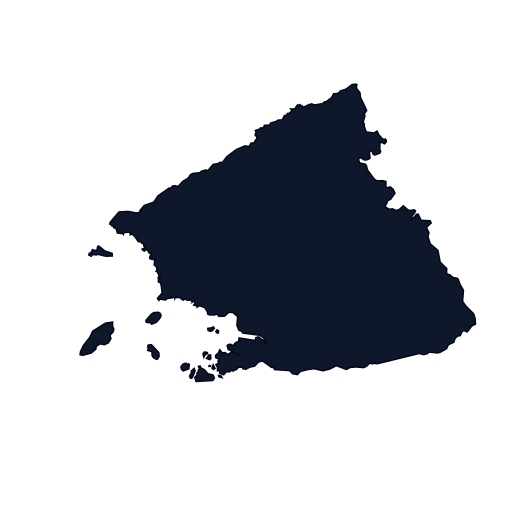 outline of Kota Sorong, Papua Barat, Indonesia, rotated 345°
{"feature_id": "22746128B11366688050704", "entity_name": "Kota Sorong", "entity_type": "district", "adm_level": 2, "iso_a3": "IDN", "parent_name": "Indonesia", "parent_adm1": "Papua Barat", "projection": "mercator", "projection_center": [131.281, -0.866], "detail": "fine", "context": "isolated", "style": "filled", "palette": "ink", "viewbox_px": 512, "rotation_deg": 345, "n_neighbors": 0, "source": "geoboundaries", "source_scale": "gbopen_adm2", "svg_char_len": 6159}
<svg xmlns="http://www.w3.org/2000/svg" viewBox="0 0 512 512"><g transform="rotate(345 256 256)"><path d="M398.7,125.2L396.4,119.8L397.8,116.5L396.4,115.6L393.1,115.3L385.7,118.2L379.9,118.4L379.2,119.6L375.9,120.0L373.1,119.3L369.9,122.6L363.4,125.2L362.2,124.7L360.1,126.1L351.5,125.2L349.0,123.3L347.6,124.5L346.9,123.3L339.9,124.7L339.9,123.6L337.3,121.0L335.7,121.7L335.2,120.8L331.3,124.0L327.6,122.9L328.5,125.0L324.5,126.9L323.2,126.4L322.9,127.6L319.7,127.8L316.6,131.3L312.5,130.4L310.1,131.3L304.6,131.3L302.9,133.0L298.0,132.0L296.0,134.1L293.4,133.4L292.2,134.4L287.8,134.6L288.3,136.0L286.4,139.0L287.6,141.2L287.1,143.5L285.7,143.7L283.4,146.3L280.6,145.6L277.6,148.4L273.9,146.8L264.8,148.0L253.7,152.4L247.8,156.9L245.5,156.2L243.0,156.9L238.3,156.4L231.8,161.0L229.7,159.9L225.8,159.9L223.2,160.9L215.7,159.9L213.7,160.5L210.8,163.1L204.2,165.1L199.7,168.2L197.8,168.4L196.4,167.2L193.2,166.8L192.2,168.0L189.7,168.5L189.6,167.9L176.9,172.5L171.3,177.5L161.2,178.2L155.8,181.9L155.3,183.0L156.7,182.7L155.7,183.7L151.6,183.5L144.0,179.8L135.0,178.0L123.7,185.8L123.0,187.3L124.1,187.5L124.4,189.5L125.7,190.1L125.9,191.7L128.0,193.5L128.1,198.0L133.3,200.0L133.5,200.8L134.4,199.4L136.5,199.5L139.9,200.2L140.2,201.8L141.3,201.4L140.2,202.9L141.6,202.7L143.4,204.6L146.0,211.6L149.2,212.9L148.8,213.9L150.6,215.2L150.2,217.0L150.9,219.4L147.7,219.9L148.5,221.6L149.5,222.4L151.3,221.1L153.1,223.1L153.3,224.8L154.3,224.3L155.2,225.2L154.2,226.2L155.5,227.8L153.5,228.8L152.6,230.9L154.9,232.6L158.7,232.8L157.1,233.4L155.3,238.4L156.7,240.0L157.1,243.7L155.5,244.9L156.6,245.9L157.3,250.0L156.5,250.9L157.5,250.7L157.0,251.3L157.7,251.5L157.3,253.2L155.9,252.6L155.0,256.0L156.4,256.3L156.9,259.3L155.8,267.4L149.8,271.4L150.7,273.8L152.0,272.7L157.1,275.1L159.1,274.1L164.3,274.7L164.6,273.9L164.9,274.6L166.5,274.2L166.5,276.1L167.1,275.2L172.3,276.6L172.7,278.4L174.6,279.9L176.0,278.7L178.1,280.9L181.8,281.7L182.2,283.0L183.8,283.2L182.7,284.1L184.7,283.8L185.3,285.6L183.1,287.2L185.2,288.5L186.3,287.9L185.6,288.8L185.8,288.9L186.3,288.5L186.6,288.6L186.0,290.2L188.6,289.4L193.1,292.5L194.6,297.3L194.3,299.6L195.7,300.8L200.5,302.2L203.5,302.1L204.5,304.7L210.1,306.0L214.9,303.4L218.9,304.4L222.6,309.8L219.6,317.9L220.3,323.4L222.2,324.5L223.5,327.1L238.7,333.4L242.2,336.9L242.7,343.6L242.0,340.4L237.3,334.7L234.8,334.8L233.3,337.4L218.5,330.8L216.9,334.1L213.9,334.3L210.8,336.7L208.7,334.7L206.6,334.3L204.9,335.1L205.0,339.1L214.9,347.8L208.1,342.5L204.4,343.4L203.6,344.5L201.4,341.4L198.3,340.7L196.7,337.2L194.5,340.0L191.2,341.5L190.7,343.7L193.8,346.4L193.4,347.4L191.9,347.7L192.4,349.9L189.2,350.5L190.0,353.7L189.0,356.8L191.1,357.4L190.5,359.7L194.0,362.4L197.6,360.1L200.5,361.1L202.4,360.1L204.3,361.3L205.9,360.3L207.0,360.9L210.3,359.0L214.3,359.9L214.1,361.5L217.0,362.8L221.0,361.8L226.3,362.0L231.1,359.0L235.2,359.1L242.1,367.6L244.0,368.2L244.6,370.5L258.8,375.4L260.9,379.2L265.4,381.3L268.9,379.0L276.9,379.1L282.8,379.9L291.0,384.2L298.2,384.3L305.2,382.7L313.9,389.0L318.1,388.0L324.4,389.2L331.1,391.7L334.2,391.1L338.0,389.0L340.7,390.3L344.9,390.0L342.4,390.3L345.4,391.5L388.5,392.4L392.6,394.7L396.6,394.6L398.3,393.6L406.1,396.6L409.0,396.7L416.0,394.9L418.9,391.5L424.8,390.5L426.8,387.3L429.9,385.5L432.6,385.8L435.9,382.0L437.7,382.0L440.4,384.0L446.3,379.5L450.4,378.6L451.5,372.8L451.2,368.0L445.7,358.5L443.8,353.3L447.5,342.9L445.8,336.4L445.3,330.8L444.8,329.7L440.8,327.8L438.6,324.6L435.5,322.4L437.0,317.5L432.3,309.6L433.2,297.7L427.5,289.3L427.1,281.8L429.1,278.2L428.0,272.5L433.7,269.5L433.4,267.0L424.7,264.3L423.5,257.6L422.0,257.3L416.0,261.0L417.0,257.7L420.4,255.5L421.8,253.5L420.3,252.1L417.4,252.2L414.7,250.8L411.3,245.6L406.1,248.3L403.1,248.3L400.1,245.8L396.8,245.3L394.3,242.8L393.2,240.6L395.1,240.1L397.4,236.8L400.8,236.0L406.5,231.3L405.8,227.1L403.6,224.0L400.2,223.9L399.3,223.1L400.8,217.7L397.9,216.0L392.6,214.8L390.1,212.3L385.9,201.5L386.1,197.5L385.3,195.6L380.2,192.9L380.0,189.6L380.9,188.1L383.1,188.5L385.2,191.1L386.8,191.7L389.8,191.7L391.6,190.7L392.2,185.9L393.6,183.9L395.2,185.0L395.5,187.9L396.7,189.2L402.3,188.7L403.5,187.2L403.2,184.9L404.7,179.8L406.3,178.2L409.1,180.9L411.1,179.8L411.8,178.1L411.2,176.4L409.9,176.7L408.3,175.3L406.0,170.6L405.2,166.6L401.8,167.7L394.6,164.7L394.1,158.6L394.8,156.5L394.1,154.4L397.3,149.3L397.6,146.5L400.6,144.1L398.0,129.6L398.7,125.2ZM93.1,281.9L78.9,286.3L74.2,291.7L66.3,297.6L61.8,302.8L60.5,305.8L62.8,307.1L71.7,307.1L77.3,304.4L78.2,302.0L79.2,301.6L82.9,300.6L86.6,302.5L90.9,301.7L94.5,298.2L94.4,294.8L98.4,292.3L99.8,289.6L99.3,286.6L100.4,282.7L93.1,281.9ZM173.5,347.7L171.8,347.7L172.2,350.4L170.4,351.8L170.3,353.2L168.5,353.8L169.0,355.1L165.5,357.4L165.6,361.7L182.1,365.1L184.2,363.1L183.7,359.8L179.0,357.2L176.8,352.5L174.0,350.1L173.5,347.7ZM106.6,205.5L105.4,206.0L104.0,209.1L101.6,208.9L99.7,207.5L97.6,210.0L95.6,210.2L94.7,211.8L96.9,213.6L98.0,212.3L102.5,213.7L103.2,213.2L111.0,217.4L117.3,218.8L117.7,216.2L111.3,212.0L106.6,205.5ZM142.5,284.2L139.8,285.1L133.0,289.7L132.8,291.6L133.9,292.2L134.9,291.4L134.9,292.6L136.4,292.7L137.5,294.9L142.6,294.2L146.9,291.4L148.8,289.2L148.8,286.8L147.2,285.1L142.5,284.2ZM132.0,314.6L128.8,314.1L127.7,316.1L128.5,316.8L126.9,319.1L130.8,321.7L129.8,325.4L130.8,327.9L133.1,330.1L134.2,330.1L136.5,327.8L137.1,324.0L132.0,314.6ZM160.7,341.4L157.8,341.4L154.8,343.5L154.7,346.2L155.9,348.2L161.9,347.6L163.5,343.5L163.0,342.7L161.5,343.2L160.7,341.4ZM167.4,351.2L167.2,348.5L163.7,350.4L163.5,352.0L160.7,354.8L161.0,357.0L162.2,357.5L163.1,356.9L167.4,351.2ZM195.6,314.0L190.7,313.4L190.4,315.6L192.9,317.1L194.9,316.6L197.1,315.0L196.2,313.3L195.6,314.0ZM185.8,343.5L186.6,339.9L184.7,339.4L181.7,342.1L184.5,344.2L185.8,343.5ZM184.0,336.6L181.2,335.3L179.4,336.7L179.4,340.3L181.5,338.1L184.0,337.7L184.0,336.6ZM185.5,354.6L187.4,354.0L186.5,350.0L184.4,352.9L185.5,354.6ZM199.9,320.4L200.5,318.4L199.0,317.3L197.6,318.6L198.8,320.7L199.9,320.4ZM191.0,362.4L188.9,361.6L188.9,363.0L191.7,364.6L191.0,362.4ZM183.3,350.8L183.7,350.2L182.6,349.6L182.0,350.4L183.3,350.8Z" fill="#0f172a" stroke="#020617" stroke-width="1.5"/></g></svg>